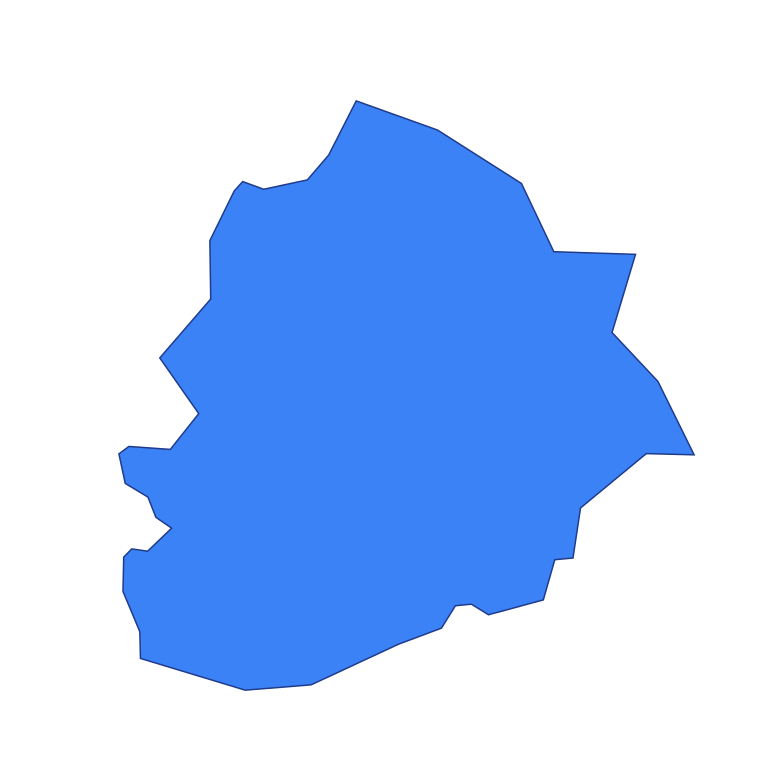 map outline of Doncaster (Mercator projection), rotated 170°
{"feature_id": "GBR-5689", "entity_name": "Doncaster", "entity_type": "Metropolitan Borough", "adm_level": 1, "iso_a3": "GBR", "parent_name": "United Kingdom", "parent_adm1": "", "projection": "mercator", "projection_center": [-1.051, 53.519], "detail": "fine", "context": "isolated", "style": "filled", "palette": "blue", "viewbox_px": 768, "rotation_deg": 170, "n_neighbors": 0, "source": "natural_earth", "source_scale": "10m", "svg_char_len": 698}
<svg xmlns="http://www.w3.org/2000/svg" viewBox="0 0 768 768"><g transform="rotate(170 384 384)"><path d="M352.2,153.2L369.8,133.6L415.1,125.2L508.0,100.4L573.9,106.6L671.5,156.0L667.5,182.4L670.6,196.4L677.1,225.0L670.4,258.7L661.1,265.4L645.8,260.4L618.2,278.9L631.8,292.3L636.1,313.6L656.1,331.0L657.2,361.2L646.1,366.8L605.8,356.7L571.6,387.0L600.3,448.6L539.9,497.8L530.6,555.4L498.0,600.1L488.0,607.9L468.7,596.7L424.1,598.3L398.8,619.0L362.2,667.6L287.2,624.8L213.8,557.6L193.8,484.8L113.8,468.0L150.5,395.1L113.8,339.0L90.9,260.4L137.8,269.9L212.0,227.8L228.1,179.8L246.3,181.3L264.6,143.7L321.2,138.6L336.2,152.0L352.2,153.2Z" fill="#3b82f6" stroke="#1e3a8a" stroke-width="1.5"/></g></svg>